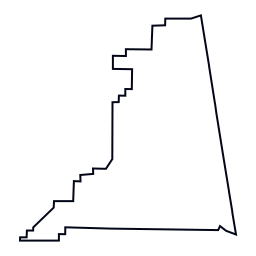 the district of Cleburne, Alabama, United States of America
{"feature_id": "52423323B31234184486740", "entity_name": "Cleburne", "entity_type": "district", "adm_level": 2, "iso_a3": "USA", "parent_name": "United States of America", "parent_adm1": "Alabama", "projection": "natural_earth1", "projection_center": [-85.575, 33.717], "detail": "fine", "context": "isolated", "style": "outline", "palette": "ink", "viewbox_px": 256, "rotation_deg": 0, "n_neighbors": 0, "source": "geoboundaries", "source_scale": "gbopen_adm2", "svg_char_len": 750}
<svg xmlns="http://www.w3.org/2000/svg" viewBox="0 0 256 256"><path d="M205.5,43.8L200.9,15.4L191.0,18.6L165.3,18.6L165.1,25.3L152.4,25.7L151.5,49.5L125.9,49.2L125.9,56.0L112.9,55.8L112.9,68.9L132.1,69.2L131.8,89.1L125.3,89.0L125.3,95.7L118.9,95.6L118.7,102.1L112.5,102.2L112.3,159.1L105.9,168.8L93.0,168.5L93.2,173.9L80.3,175.0L80.5,181.4L73.9,181.1L73.2,201.1L54.0,201.1L53.7,207.6L33.3,227.3L33.1,230.5L26.9,230.5L26.6,237.3L20.1,237.3L20.0,240.6L58.9,240.6L58.9,234.1L65.2,234.2L65.3,227.3L110.5,228.6L218.2,230.1L220.0,226.1L226.1,230.8L236.0,234.5L232.4,213.1L232.4,212.9L232.1,210.3L229.2,192.9L228.8,190.1L223.4,157.0L216.3,112.8L215.2,104.7L214.7,101.9L209.2,67.0L208.9,64.6L205.5,43.8Z" fill="none" stroke="#020617" stroke-width="2"/></svg>